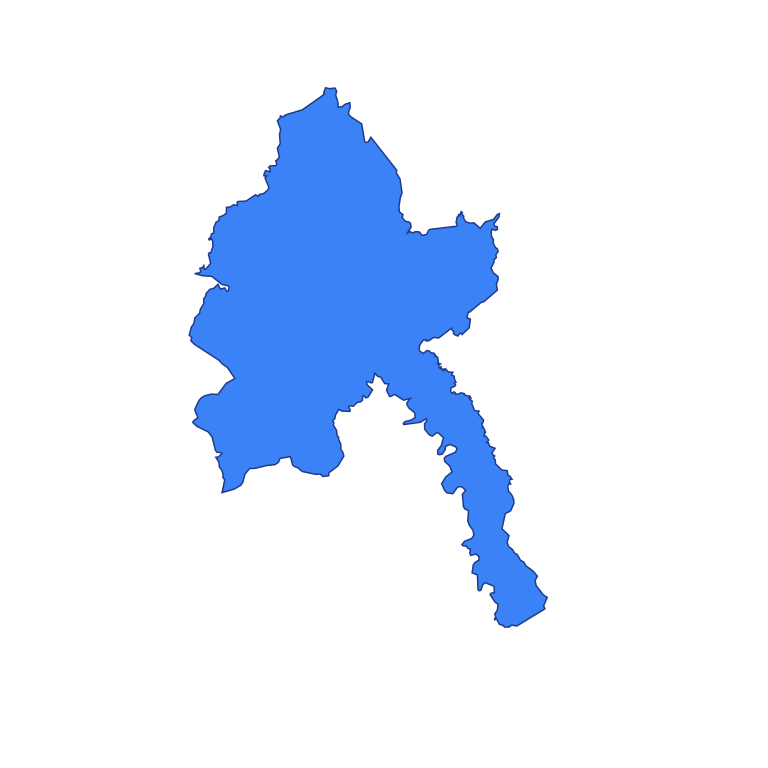 outline of Ventanas, Los Rios, Ecuador, rotated 143°
{"feature_id": "8360857B83829792617197", "entity_name": "Ventanas", "entity_type": "district", "adm_level": 2, "iso_a3": "ECU", "parent_name": "Ecuador", "parent_adm1": "Los Rios", "projection": "orthographic", "projection_center": [-79.44, -1.323], "detail": "fine", "context": "isolated", "style": "filled", "palette": "blue", "viewbox_px": 768, "rotation_deg": 143, "n_neighbors": 0, "source": "geoboundaries", "source_scale": "gbopen_adm2", "svg_char_len": 6171}
<svg xmlns="http://www.w3.org/2000/svg" viewBox="0 0 768 768"><g transform="rotate(143 384 384)"><path d="M562.4,426.7L562.9,420.8L565.5,416.6L565.4,413.0L567.1,408.1L568.9,406.5L568.9,403.3L578.7,394.7L566.9,390.2L559.3,389.3L556.4,390.2L549.4,395.6L542.2,397.4L537.7,394.2L526.1,389.2L519.6,385.2L515.4,385.0L511.8,387.2L502.5,382.3L505.6,374.4L505.3,372.1L503.2,369.0L501.9,363.3L493.1,353.1L489.2,350.5L488.4,346.9L483.4,344.0L481.4,346.3L470.2,346.3L459.4,350.6L457.8,354.9L458.0,357.5L454.6,362.2L453.4,367.8L452.3,368.7L452.4,371.2L449.8,375.6L449.2,381.5L447.3,383.4L447.2,385.4L444.0,386.0L441.6,388.3L435.4,391.0L433.8,387.6L427.8,382.7L426.8,383.2L425.8,387.4L424.6,387.3L421.9,384.7L416.4,385.4L413.4,383.8L410.8,384.1L408.2,387.2L407.0,386.6L406.9,383.8L404.7,383.1L396.7,386.2L397.9,393.9L396.7,396.0L395.0,395.4L393.6,392.5L392.2,392.2L384.9,398.1L384.4,394.1L382.5,391.4L383.2,384.0L380.3,381.2L385.7,377.5L387.0,370.9L386.5,370.1L381.8,369.3L378.1,359.3L371.7,356.7L376.7,355.4L378.0,354.0L378.6,350.0L376.8,342.3L379.3,338.6L383.8,338.7L389.7,341.3L392.3,340.9L392.6,339.7L378.1,331.6L371.3,330.9L372.1,328.9L375.6,327.7L378.7,323.4L378.5,316.6L376.9,313.3L371.8,313.4L370.1,312.5L368.8,305.3L375.4,300.3L381.0,298.7L383.2,295.8L382.1,294.0L379.5,293.0L374.5,294.8L372.6,297.2L367.8,296.1L364.8,291.3L364.5,289.2L365.2,287.9L368.1,286.6L378.2,288.9L380.8,288.3L382.1,285.6L380.9,279.0L382.7,272.8L390.6,272.6L398.0,269.7L399.6,262.6L399.2,259.1L395.1,255.0L387.1,257.4L385.6,256.7L383.6,254.6L382.8,249.8L387.7,248.8L394.2,238.5L394.7,235.8L392.7,232.0L399.5,224.3L400.8,220.1L401.0,213.5L403.2,209.2L407.0,207.9L414.2,209.9L418.4,208.9L418.3,207.2L415.8,204.9L415.9,202.0L414.2,200.3L417.4,197.1L417.9,194.9L412.8,192.8L412.0,188.9L414.3,186.2L418.2,186.7L421.5,185.9L427.3,180.1L424.3,175.3L432.8,163.0L432.4,161.6L430.9,161.0L425.7,164.3L422.8,164.5L418.1,156.7L418.2,155.5L421.4,151.1L424.5,152.5L426.0,152.0L426.6,143.0L425.5,139.3L429.7,135.1L434.1,133.6L435.0,130.5L436.7,130.2L437.4,129.1L435.5,128.4L436.5,122.7L434.3,119.6L433.9,117.2L430.3,114.6L427.0,114.6L423.6,110.8L390.8,107.6L390.0,110.8L382.0,115.4L383.7,119.6L383.8,131.5L381.6,136.1L377.2,138.2L377.5,144.7L380.1,153.4L379.5,157.6L381.1,161.0L380.2,167.5L381.5,170.6L381.0,174.5L382.3,178.9L381.0,183.4L375.4,187.7L376.9,197.4L365.1,207.5L359.2,206.5L352.0,210.5L349.8,214.0L348.7,218.7L349.0,223.6L346.7,227.9L344.7,229.1L343.1,227.9L342.6,230.5L340.9,232.0L339.1,230.9L338.9,234.4L340.0,236.6L337.7,240.6L341.6,244.4L343.0,253.2L340.9,256.2L340.7,259.4L338.9,259.8L339.7,262.0L339.2,264.0L334.0,265.8L337.1,270.8L336.0,274.2L337.2,275.4L334.1,276.1L334.0,281.0L335.7,282.5L331.9,284.4L332.7,285.2L331.2,286.4L330.9,289.3L331.8,290.0L330.5,290.7L330.2,293.3L328.4,293.5L326.2,295.3L326.7,303.5L324.4,305.3L327.5,307.8L327.4,309.5L325.7,315.6L323.8,317.1L324.9,321.1L324.0,321.9L323.0,320.6L322.7,322.6L325.1,325.1L326.4,327.2L325.6,327.9L327.9,330.7L330.4,331.0L333.1,333.0L332.4,333.9L333.0,335.8L335.2,335.4L335.3,337.9L332.9,340.6L329.0,339.6L327.4,340.2L327.4,342.2L325.5,342.0L325.0,345.0L323.2,348.0L324.7,350.4L322.0,352.0L325.4,354.9L325.7,359.0L326.5,359.5L327.8,358.4L327.8,360.3L329.2,360.4L328.2,363.4L329.7,362.5L330.1,363.7L329.1,366.1L326.9,366.2L328.9,368.0L327.6,368.3L325.0,373.2L326.0,374.7L325.5,376.1L326.4,375.8L325.6,378.8L327.6,380.3L328.0,383.0L329.5,384.9L334.1,384.8L335.8,388.8L334.2,391.8L331.6,393.7L326.2,395.5L324.8,394.6L324.5,393.0L323.4,393.7L322.7,391.6L316.3,391.3L312.6,387.8L296.6,388.0L297.2,385.3L296.4,384.2L298.1,382.5L297.9,381.0L296.2,377.9L293.1,378.7L291.8,377.9L291.9,376.6L282.1,377.6L276.0,383.8L277.9,387.1L273.7,390.5L272.3,389.9L257.2,390.7L254.8,389.6L236.9,390.8L234.4,395.9L229.6,399.1L228.3,401.2L229.8,407.2L228.7,412.2L223.3,414.8L221.2,417.0L218.1,417.4L216.7,420.2L213.1,421.0L212.1,424.1L213.0,425.9L211.8,431.0L209.7,433.5L209.3,437.3L206.5,441.4L204.5,442.5L202.4,439.5L200.3,439.2L198.9,441.6L200.4,443.1L200.2,445.7L191.9,448.1L189.3,450.6L191.6,451.2L197.4,449.5L205.5,452.5L213.5,450.5L215.2,458.6L218.7,460.8L221.1,464.4L220.6,469.0L219.3,469.9L219.5,473.3L218.3,473.6L218.6,475.2L220.8,473.8L221.8,474.2L222.1,472.8L223.1,474.0L223.7,473.1L225.1,473.3L229.2,469.7L229.8,466.9L231.4,466.5L254.2,479.8L255.8,479.9L259.8,477.8L264.1,479.7L264.2,484.0L266.7,486.5L270.8,487.8L271.3,490.0L274.5,490.5L267.9,493.0L266.2,496.3L266.4,498.1L269.1,501.3L269.3,505.8L266.9,507.9L268.1,512.2L265.4,516.5L259.4,522.5L254.5,525.9L247.8,538.2L247.1,545.2L245.2,547.1L246.0,589.0L251.1,586.8L253.2,588.0L253.5,589.3L245.3,605.2L249.8,617.6L250.0,620.5L248.7,622.4L244.5,625.2L242.0,629.2L246.5,630.8L250.8,630.7L253.9,632.5L250.9,637.5L248.8,643.7L245.7,646.2L245.0,649.8L249.7,652.6L252.5,655.8L257.1,652.7L257.1,651.3L284.2,652.1L300.1,658.0L304.3,658.2L305.4,660.4L307.1,658.9L310.7,658.5L313.3,649.7L317.6,645.7L322.1,638.5L327.3,636.4L330.7,628.7L333.8,627.2L336.1,627.5L337.1,624.4L338.8,623.4L343.8,626.8L346.0,626.2L345.4,624.8L347.2,622.1L350.2,625.7L354.3,623.2L354.5,622.2L352.4,620.8L355.1,620.0L357.5,610.6L359.6,608.9L365.6,608.6L369.5,610.4L371.5,609.5L372.7,612.4L384.1,613.1L390.9,617.7L392.0,617.4L393.5,614.8L396.4,617.7L400.1,617.9L403.5,619.8L407.1,615.3L410.9,615.3L415.1,616.5L417.6,613.9L420.7,614.3L425.8,611.4L429.1,607.1L431.3,607.7L434.1,605.6L436.8,605.3L436.8,604.0L434.3,603.9L434.9,601.1L437.8,596.9L443.5,593.0L444.7,594.0L446.2,593.1L449.8,584.7L457.7,582.9L458.4,584.1L456.6,587.0L459.1,586.2L461.5,587.2L462.4,584.5L464.1,583.7L468.7,586.1L463.9,579.8L456.7,573.6L453.6,561.2L449.3,555.9L449.3,554.7L452.2,552.1L453.7,552.7L453.4,556.6L457.5,558.2L456.6,563.5L462.7,562.9L466.0,564.4L471.4,563.4L474.1,561.2L476.7,560.5L479.6,556.6L485.4,554.4L488.8,551.5L495.2,550.6L499.6,546.6L503.6,545.4L510.2,540.2L509.6,536.9L512.2,534.8L511.4,529.4L501.5,502.3L501.1,497.5L499.1,491.5L499.8,478.1L509.6,479.5L522.9,475.6L527.9,479.8L534.4,482.5L538.1,482.9L541.7,482.2L549.5,478.1L550.8,477.0L552.9,469.1L558.1,469.2L559.9,468.4L558.8,462.6L553.3,451.7L553.1,445.4L558.6,432.2L558.4,429.7L556.7,428.7L555.1,426.1L559.9,425.3L562.4,426.7Z" fill="#3b82f6" stroke="#1e3a8a" stroke-width="1.5"/></g></svg>